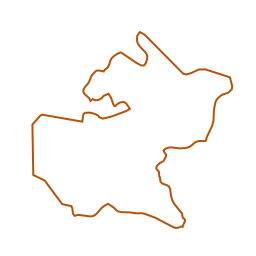 outline of Cotabato, rotated 101°
{"feature_id": "PHL-2579", "entity_name": "Cotabato", "entity_type": "Province", "adm_level": 1, "iso_a3": "PHL", "parent_name": "Philippines", "parent_adm1": "", "projection": "albers", "projection_center": [124.847, 7.21], "detail": "fine", "context": "isolated", "style": "outline", "palette": "amber", "viewbox_px": 256, "rotation_deg": 101, "n_neighbors": 0, "source": "natural_earth", "source_scale": "10m", "svg_char_len": 2180}
<svg xmlns="http://www.w3.org/2000/svg" viewBox="0 0 256 256"><g transform="rotate(101 128 128)"><path d="M70.1,33.5L73.8,36.0L74.9,37.5L77.0,41.4L78.9,43.4L81.5,45.4L83.5,46.5L85.8,47.0L89.1,47.2L94.5,47.0L104.3,45.5L109.8,45.8L121.8,48.9L125.7,49.2L126.5,51.2L127.0,55.1L127.6,56.8L129.3,59.5L131.1,60.9L132.9,62.2L134.9,64.2L136.1,66.4L137.0,68.9L138.2,73.8L138.7,81.2L139.1,83.3L140.0,85.2L141.5,87.6L143.4,88.8L145.4,87.2L146.8,85.6L148.3,85.2L149.9,85.6L153.8,86.9L156.4,90.2L159.6,92.3L161.7,92.7L163.2,91.9L164.1,90.5L165.3,89.2L169.5,88.1L170.0,87.4L172.4,86.6L174.6,85.8L176.0,83.6L176.8,78.5L177.7,76.6L180.0,75.0L186.5,72.7L189.9,71.1L193.7,68.1L202.2,58.0L202.2,57.9L202.4,58.3L204.0,57.8L205.6,57.0L206.1,56.4L206.4,55.6L206.9,54.8L207.7,54.3L209.0,54.4L213.1,55.4L214.7,55.6L214.6,57.2L216.3,59.6L216.9,61.6L216.8,64.3L210.7,84.8L209.1,95.2L209.0,98.1L210.1,103.2L210.5,110.0L211.9,118.5L211.7,122.3L211.0,123.6L208.8,127.0L206.7,132.0L206.3,133.2L208.7,136.1L211.3,138.5L218.4,142.6L221.0,145.2L222.0,148.3L222.7,159.8L223.5,162.1L224.2,163.0L224.4,163.6L223.2,165.2L222.0,165.8L217.4,167.4L216.2,168.2L215.5,168.6L215.3,178.1L195.5,199.7L192.2,212.0L142.8,222.5L132.8,216.6L131.3,214.8L130.5,174.1L123.0,174.4L121.3,173.0L120.3,169.1L120.2,166.4L120.6,162.9L121.5,159.8L122.8,158.3L123.6,154.6L120.2,146.9L112.7,134.6L112.4,134.2L111.8,133.1L108.9,129.8L104.2,134.5L103.2,137.0L104.3,140.4L106.4,142.8L108.8,144.7L108.9,145.8L107.0,147.4L106.9,147.4L101.5,150.4L101.5,150.5L98.1,153.7L101.1,158.0L103.8,159.5L106.0,162.2L107.0,165.3L106.4,168.3L107.5,169.1L108.6,170.0L106.1,171.9L102.9,177.2L101.0,178.8L100.9,178.8L98.1,178.9L95.4,177.8L92.9,176.2L90.4,175.1L84.1,173.8L81.6,172.7L78.4,170.5L77.5,169.4L77.2,168.0L77.1,166.7L77.1,162.6L76.2,162.5L72.2,159.3L68.9,158.5L65.4,158.2L62.6,157.3L60.2,155.6L57.6,153.1L55.3,149.9L55.5,148.4L62.5,132.1L64.0,127.2L63.7,124.4L61.2,123.0L56.4,122.3L53.0,123.0L50.3,125.4L46.4,131.1L43.9,133.9L42.3,135.0L41.7,135.4L39.3,136.1L36.0,136.5L34.3,135.9L31.6,134.8L31.6,134.7L33.1,129.7L64.2,84.1L64.3,80.8L62.2,76.8L57.1,69.8L55.7,63.2L58.8,37.7L66.9,33.7L70.1,33.5Z" fill="none" stroke="#b45309" stroke-width="2"/></g></svg>